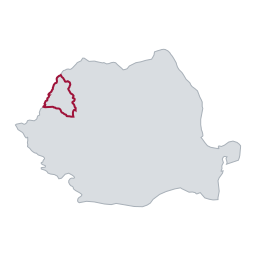 Romania, with Bihor highlighted
{"feature_id": "ROU-277", "entity_name": "Bihor", "entity_type": "County", "adm_level": 1, "iso_a3": "ROU", "parent_name": "Romania", "parent_adm1": "", "projection": "orthographic", "projection_center": [22.195, 46.981], "detail": "fine", "context": "in_parent", "style": "outline", "palette": "rose", "viewbox_px": 256, "rotation_deg": 0, "n_neighbors": 0, "source": "natural_earth", "source_scale": "10m", "svg_char_len": 5293}
<svg xmlns="http://www.w3.org/2000/svg" viewBox="0 0 256 256"><path d="M204.7,142.4L207.4,145.7L210.7,147.3L218.3,148.7L218.9,148.4L218.9,148.0L218.4,147.6L218.3,146.9L218.6,146.1L219.6,146.0L221.3,146.5L224.4,145.2L228.8,142.0L233.0,141.1L237.0,142.4L239.2,144.1L240.6,145.8L240.5,148.1L240.3,149.5L239.8,155.4L239.3,157.7L238.4,160.2L226.5,164.2L227.1,162.8L226.6,160.4L226.0,158.6L227.0,156.8L224.2,156.4L223.1,157.4L222.3,159.1L223.4,162.7L222.2,164.9L221.8,166.1L222.0,168.7L221.3,170.0L221.2,171.3L223.1,170.8L222.5,173.2L219.1,177.9L218.0,180.7L219.2,191.2L218.0,197.7L218.0,199.6L214.1,199.9L212.9,199.9L209.1,199.2L204.8,197.9L202.1,194.8L200.3,192.6L196.9,193.9L196.2,193.7L195.1,192.6L192.4,192.0L189.1,192.2L181.4,188.5L180.6,187.8L174.8,188.9L166.2,191.5L159.6,194.4L153.0,199.4L150.3,203.1L147.1,205.1L142.6,206.7L134.3,206.5L125.6,205.0L116.2,203.4L111.3,204.6L104.5,204.0L94.2,201.9L86.6,201.3L79.2,202.7L77.9,201.7L77.6,200.6L77.9,198.9L78.9,197.6L80.7,196.5L81.7,195.5L81.8,194.4L79.7,192.8L75.5,190.5L73.8,189.1L73.4,188.7L73.3,187.4L72.4,186.4L70.8,185.7L69.6,184.3L68.7,182.4L68.8,180.6L70.1,178.8L71.7,178.1L73.6,178.3L74.5,177.8L74.1,176.6L72.2,175.1L68.7,173.2L65.2,174.2L61.5,178.2L58.9,178.8L57.3,176.1L54.5,174.6L50.4,174.0L47.9,173.0L47.0,171.5L45.2,170.3L41.3,169.0L41.2,167.8L41.9,167.5L43.3,167.4L45.1,167.2L45.4,166.5L45.5,165.9L44.0,165.1L42.5,164.6L41.7,164.0L41.2,163.4L41.2,162.8L41.6,162.4L42.2,162.4L42.8,162.0L43.1,160.6L43.9,159.4L44.5,159.0L44.5,158.1L43.9,157.3L43.1,156.6L41.9,156.2L38.2,154.9L36.3,153.1L35.2,153.1L33.4,152.1L31.5,150.6L29.8,148.4L28.0,147.0L27.5,146.5L27.5,145.9L27.8,145.3L27.8,144.7L27.4,142.6L27.8,140.4L27.7,138.4L27.7,137.4L27.4,137.2L27.0,137.5L26.6,137.8L26.1,137.9L24.8,136.4L23.2,133.3L22.1,132.2L19.9,130.8L18.0,129.6L16.7,127.0L15.4,125.0L16.3,124.2L21.7,123.1L24.1,124.3L25.3,123.9L26.4,123.0L27.0,122.3L27.1,121.5L27.7,120.6L29.5,120.1L34.2,120.8L36.2,119.5L36.9,118.7L37.3,117.1L37.9,115.8L39.6,115.1L39.6,113.9L39.3,112.6L40.3,109.7L41.0,108.5L41.9,108.0L43.1,107.1L45.1,105.2L44.7,103.5L45.1,102.3L47.2,99.3L48.8,96.4L48.8,95.0L49.0,93.7L50.4,92.3L51.9,90.5L53.9,84.9L54.6,83.9L55.9,82.8L56.8,81.8L56.9,78.1L57.8,77.0L59.5,75.8L61.2,73.9L62.5,71.6L63.6,70.5L65.0,70.2L66.5,69.3L68.2,69.0L69.8,69.4L70.8,69.2L72.4,68.0L76.4,63.8L76.9,63.0L77.7,62.4L81.0,60.9L81.8,59.5L82.8,58.1L84.3,58.2L89.0,61.4L94.0,61.1L94.9,61.2L95.2,61.2L95.8,61.5L102.5,62.9L103.6,62.7L103.9,62.6L106.6,63.9L108.9,63.6L111.2,62.7L113.5,62.3L115.7,62.8L117.4,64.6L121.8,68.4L123.1,69.8L125.0,69.5L127.2,68.7L129.3,66.0L135.9,62.7L140.9,61.8L145.9,60.3L151.6,59.2L153.1,56.7L154.0,55.0L154.5,51.9L157.5,50.8L160.4,50.0L161.4,49.6L163.6,49.3L165.2,49.5L167.9,50.9L169.8,52.7L170.6,54.1L172.3,56.2L174.1,59.1L176.2,62.9L176.7,64.9L177.5,67.1L179.0,69.6L181.8,72.4L182.2,72.9L183.5,74.9L186.1,79.3L188.1,81.1L189.9,82.9L190.8,84.9L192.1,86.6L195.1,88.8L197.5,90.9L199.8,97.0L201.3,99.9L202.2,102.0L202.2,106.5L202.8,108.4L202.1,112.0L200.7,119.3L200.7,124.9L201.2,127.9L201.4,129.9L202.0,131.1L202.7,133.6L202.9,135.8L202.3,136.5L201.4,137.1L201.0,137.6L202.0,138.6L203.3,140.4L204.7,142.4Z" fill="#d9dde1" stroke="#a8b0b8" stroke-width="1"/><path d="M43.4,106.8L43.4,106.6L43.7,106.2L44.3,106.1L44.8,105.9L45.2,105.2L45.3,104.6L44.7,104.1L44.5,103.9L44.5,103.7L44.7,103.3L44.8,103.2L45.3,101.8L45.6,101.2L46.1,100.8L46.9,100.6L47.2,100.4L47.4,99.9L47.4,99.6L47.3,99.2L47.3,98.8L47.3,98.4L47.4,98.2L48.5,97.4L48.7,97.1L49.2,95.5L49.3,95.4L49.2,95.4L49.0,95.0L48.9,94.9L48.6,94.8L48.4,94.7L48.4,94.4L49.3,93.3L49.8,92.9L50.9,92.1L51.4,91.6L51.6,91.3L51.7,90.7L51.8,90.4L52.0,90.1L52.5,89.6L52.7,89.3L52.9,88.9L52.9,88.6L52.8,88.3L52.8,87.9L52.9,87.5L53.2,87.0L53.3,86.7L53.6,85.5L53.7,85.1L54.6,83.8L55.0,83.3L55.5,83.1L56.5,82.8L56.9,81.8L56.9,80.7L56.7,79.5L56.7,78.5L57.1,77.6L57.8,76.9L59.2,75.8L60.3,75.5L60.5,75.4L60.8,75.1L61.3,75.9L61.6,76.6L61.8,76.9L62.1,77.2L63.0,77.9L63.4,78.4L63.7,79.0L64.4,80.1L64.6,80.5L64.9,81.2L65.0,81.4L65.2,81.6L65.6,81.7L65.8,81.6L66.0,81.6L66.4,81.6L66.8,81.6L67.0,81.6L67.5,81.3L67.8,81.2L68.0,81.3L68.3,81.5L68.7,81.8L69.4,82.2L69.7,82.4L69.9,82.8L70.1,83.7L70.3,84.3L70.1,85.2L69.9,85.5L69.7,86.0L69.5,86.5L69.5,86.8L69.4,87.1L69.3,87.3L68.7,88.2L68.5,88.4L68.3,88.6L68.3,89.1L68.6,89.8L69.6,91.4L70.3,92.7L70.4,93.0L70.6,93.2L70.8,93.5L72.3,94.3L73.2,95.2L73.6,95.9L73.4,96.4L72.9,97.4L72.8,97.7L72.8,97.9L73.0,98.1L74.2,98.5L74.5,98.8L74.7,99.1L74.6,99.8L74.5,100.2L74.3,100.5L74.2,100.8L74.1,101.0L73.8,101.2L73.0,101.6L72.7,101.8L72.5,102.0L72.4,102.3L72.4,102.5L72.4,102.8L72.7,103.2L73.6,104.1L74.0,104.6L74.3,105.3L74.7,106.9L74.9,107.3L75.1,107.5L75.4,107.6L75.6,107.9L75.7,108.1L75.6,109.0L75.6,110.3L75.2,110.0L74.7,109.9L74.4,109.9L74.1,110.0L73.9,110.1L73.6,110.5L73.3,111.1L73.0,112.0L72.9,112.8L73.0,114.9L73.4,116.7L72.4,116.7L71.3,116.7L69.5,116.3L67.4,116.2L67.0,116.2L66.7,116.0L66.4,115.6L66.3,115.2L66.2,114.9L66.0,114.7L64.3,114.1L63.2,113.1L62.8,112.9L62.2,112.7L61.7,112.4L61.4,112.0L61.1,111.4L60.6,110.1L60.4,109.7L60.2,109.4L59.7,109.0L59.5,108.8L59.0,108.6L58.4,108.5L56.3,108.4L55.8,108.2L55.5,107.9L55.1,107.6L54.8,107.5L54.3,107.6L54.0,107.5L53.7,107.4L53.5,107.2L53.4,107.0L52.8,106.8L45.0,107.2L43.9,106.9L43.4,106.8Z" fill="none" stroke="#9f1239" stroke-width="2"/></svg>